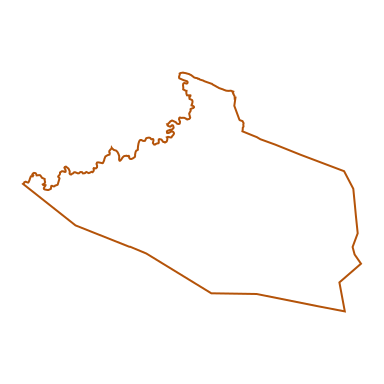 Central Guadalcanal, Guadalcanal, Solomon Islands
{"feature_id": "97153195B29965366735238", "entity_name": "Central Guadalcanal", "entity_type": "district", "adm_level": 2, "iso_a3": "SLB", "parent_name": "Solomon Islands", "parent_adm1": "Guadalcanal", "projection": "orthographic", "projection_center": [159.997, -9.568], "detail": "fine", "context": "isolated", "style": "outline", "palette": "amber", "viewbox_px": 384, "rotation_deg": 0, "n_neighbors": 0, "source": "geoboundaries", "source_scale": "gbopen_adm2", "svg_char_len": 5798}
<svg xmlns="http://www.w3.org/2000/svg" viewBox="0 0 384 384"><path d="M23.0,183.9L75.5,225.4L129.4,246.8L130.0,246.7L146.3,253.5L211.3,293.3L244.5,293.8L256.6,294.0L317.2,306.1L344.8,311.4L339.4,282.4L361.0,263.7L354.6,254.5L352.6,247.0L357.7,233.3L355.9,215.9L354.9,205.3L353.3,188.8L344.1,171.2L300.4,154.7L275.2,144.6L260.3,139.2L257.1,137.3L257.0,137.2L253.2,135.7L242.4,131.3L242.7,129.7L242.8,127.7L243.5,126.6L243.3,124.4L243.6,123.2L242.5,121.1L239.9,120.2L239.4,119.7L234.3,105.8L235.4,98.1L234.7,98.4L234.6,96.3L233.3,93.9L233.4,93.7L233.1,93.3L233.0,93.0L233.1,92.8L232.8,92.5L232.6,92.1L232.8,91.7L233.0,91.5L232.7,91.4L232.2,91.2L231.7,91.0L231.3,90.9L231.2,90.8L230.7,90.7L228.4,90.9L227.9,90.8L227.2,90.8L226.6,90.7L225.9,90.6L225.5,90.4L223.8,89.8L223.0,89.4L222.4,89.2L220.9,88.7L218.9,88.0L218.0,87.4L216.2,86.5L215.6,86.0L215.0,85.8L214.6,85.5L213.9,85.2L212.7,84.5L212.4,84.3L212.2,84.0L211.9,83.8L211.7,83.8L211.0,83.6L210.9,83.5L209.7,83.1L209.4,83.0L207.7,82.4L207.3,82.3L206.6,82.0L205.4,81.6L204.1,81.1L203.8,80.9L203.3,80.6L202.7,80.4L201.0,79.9L199.8,79.5L199.2,79.2L199.1,78.9L198.7,78.8L197.8,78.7L197.7,78.4L197.3,78.3L197.0,78.1L195.5,77.9L195.1,77.8L193.9,77.3L193.1,76.6L191.5,75.4L191.3,75.2L190.9,75.0L190.0,74.6L189.8,74.5L189.5,74.3L189.4,74.2L188.3,73.9L188.1,73.8L186.5,73.4L186.0,73.2L183.7,72.8L183.4,72.8L183.1,72.6L182.9,72.6L182.0,72.8L181.2,72.9L180.6,73.0L180.4,73.1L179.7,73.5L179.9,74.0L179.0,77.0L179.3,78.3L183.7,80.2L187.1,81.3L187.6,82.0L187.6,82.8L187.1,83.4L186.7,83.6L185.5,83.3L184.4,83.0L183.8,83.2L183.3,83.6L183.2,84.1L183.0,85.2L183.3,87.6L183.2,89.4L186.0,90.9L186.5,90.9L186.3,92.9L186.5,94.0L187.0,95.3L190.4,95.3L190.5,95.6L190.4,96.0L190.1,96.6L189.5,96.7L189.3,96.9L189.3,97.1L189.4,98.2L189.6,99.0L190.1,99.1L192.1,100.1L192.5,101.1L192.5,101.9L192.3,103.1L191.9,104.3L191.5,105.1L191.5,105.4L192.8,105.8L193.9,106.6L194.0,107.3L193.3,108.0L192.1,108.4L190.6,109.0L190.5,109.4L190.7,110.7L190.3,111.5L189.8,112.3L189.2,113.5L189.4,114.8L189.8,116.0L189.8,116.6L190.2,117.3L190.0,118.1L189.3,118.9L187.2,119.5L186.6,118.8L186.0,118.8L185.4,118.4L184.6,117.9L183.5,117.8L182.7,117.8L181.1,117.9L180.5,117.7L180.3,117.6L179.9,117.5L179.6,117.7L179.2,118.1L179.1,118.8L179.0,119.3L179.2,119.8L179.5,120.3L179.6,121.0L180.0,121.5L180.0,122.1L179.8,123.1L179.7,123.6L179.2,123.9L178.6,124.0L177.9,123.9L177.2,123.7L176.9,123.5L176.6,123.3L176.4,123.0L176.2,122.6L176.0,122.4L175.6,122.1L175.2,121.9L174.4,121.6L174.1,121.4L173.0,120.9L172.0,120.5L171.3,121.0L171.0,121.0L170.0,121.7L169.7,122.2L169.6,122.4L169.4,122.5L169.1,122.8L169.0,123.0L168.3,123.5L168.0,124.1L167.8,124.3L167.5,124.3L167.3,124.3L167.4,124.5L167.3,124.8L167.4,125.1L167.8,125.7L168.6,126.1L169.8,126.6L170.1,126.6L170.4,126.6L170.6,126.5L171.2,126.0L171.3,125.8L171.5,125.5L171.9,125.3L172.4,125.2L172.7,125.3L172.9,125.4L173.2,125.8L173.4,126.6L173.4,126.9L173.6,127.4L173.6,127.6L173.5,127.9L173.4,128.2L172.9,128.7L172.1,129.4L171.8,129.5L171.5,129.7L170.9,129.7L170.5,129.8L170.2,129.8L169.7,129.9L168.5,130.5L168.1,130.5L167.5,130.9L167.3,131.1L166.9,131.3L167.0,132.8L167.8,133.1L168.8,132.9L169.7,132.5L170.2,132.1L171.1,131.6L172.4,131.5L173.2,131.9L173.6,132.4L174.0,133.2L173.8,134.1L173.2,135.0L172.4,135.9L171.9,136.5L171.5,137.3L170.9,137.5L169.8,137.3L168.6,136.9L168.1,137.0L167.8,136.9L166.8,137.3L167.1,137.8L167.3,137.9L167.4,138.3L167.4,139.0L167.0,140.8L166.4,141.8L165.9,141.9L165.3,142.4L165.0,142.5L164.7,142.1L163.9,142.0L163.3,142.0L162.4,140.9L161.6,139.7L161.0,139.4L160.1,139.3L159.6,139.1L158.8,139.4L158.7,140.2L158.8,142.5L158.5,143.2L158.1,143.3L157.2,143.4L155.5,144.1L155.0,144.6L154.6,144.6L154.0,144.5L152.9,143.0L153.5,140.2L153.3,139.4L152.9,139.0L152.2,139.1L151.5,139.3L150.9,138.9L150.6,138.4L150.1,137.9L149.0,137.6L147.2,137.9L146.3,138.2L145.7,139.3L145.1,140.7L144.0,141.0L142.5,140.7L141.5,140.0L140.3,140.0L139.6,140.6L139.0,141.9L138.5,143.5L138.0,146.5L137.8,148.9L137.9,149.5L137.7,150.0L137.3,150.2L136.3,150.6L135.9,151.4L135.5,152.2L135.3,153.6L135.1,154.2L135.1,155.0L135.1,156.0L134.8,157.0L134.1,157.5L132.6,158.5L131.3,159.0L130.2,158.9L129.7,158.5L129.1,157.6L129.2,156.6L128.8,155.9L128.0,155.9L127.3,156.1L126.5,155.7L125.8,155.9L125.2,155.9L124.1,156.1L123.1,156.9L122.3,157.9L121.9,158.5L121.5,159.2L120.7,160.2L119.9,160.8L119.4,160.5L119.1,159.6L119.2,157.7L119.2,156.0L118.4,153.8L117.6,152.2L116.3,150.7L115.1,150.3L113.8,149.9L112.1,148.4L111.7,147.8L111.6,148.5L110.5,149.5L109.4,150.9L109.2,152.0L109.8,153.0L109.5,154.6L107.5,155.2L105.4,156.5L104.4,159.0L104.1,160.5L103.6,161.5L103.0,162.9L102.5,163.2L102.0,163.1L98.7,162.4L97.6,162.4L97.0,162.6L96.5,163.9L97.1,165.6L97.0,167.4L95.8,168.4L93.8,168.1L93.5,168.7L93.8,169.7L93.7,170.8L92.6,172.2L91.6,171.8L89.4,172.9L88.6,173.1L86.4,172.0L85.5,172.5L85.0,173.1L84.2,173.3L82.9,173.4L82.1,172.2L80.7,172.0L79.8,172.4L79.1,173.2L78.0,173.4L75.0,172.2L74.1,172.3L73.2,173.3L72.3,173.6L71.2,174.5L70.3,174.4L69.6,173.6L69.7,171.2L68.5,168.6L65.9,166.6L64.8,167.0L64.4,167.7L65.5,170.0L65.7,171.1L65.4,171.9L64.5,171.9L63.5,171.4L62.0,171.2L60.0,172.5L60.0,173.9L59.5,174.9L58.2,176.4L58.4,177.1L59.3,177.9L59.5,178.4L57.7,184.6L57.1,185.0L55.1,185.6L54.5,186.3L53.4,186.4L52.0,185.8L51.4,185.9L51.1,186.8L51.0,188.1L50.8,188.9L48.4,190.0L47.5,190.0L44.8,189.5L44.0,189.0L43.8,188.2L44.3,187.2L45.5,185.5L45.5,185.1L43.2,185.0L42.8,184.4L44.1,183.7L44.8,183.0L45.1,182.1L44.7,180.6L44.7,179.6L44.7,179.0L41.8,177.7L41.3,176.7L40.2,175.3L39.4,175.1L36.9,175.4L36.6,175.4L36.2,174.1L35.7,173.3L34.9,173.0L33.9,172.9L32.8,173.6L32.3,174.6L33.3,175.3L32.7,176.4L31.8,176.2L30.8,176.4L30.5,177.3L29.9,178.7L29.7,179.6L28.7,182.0L28.1,182.6L27.4,182.4L25.7,181.7L24.4,182.2L24.1,183.0L23.0,183.9Z" fill="none" stroke="#b45309" stroke-width="2"/></svg>